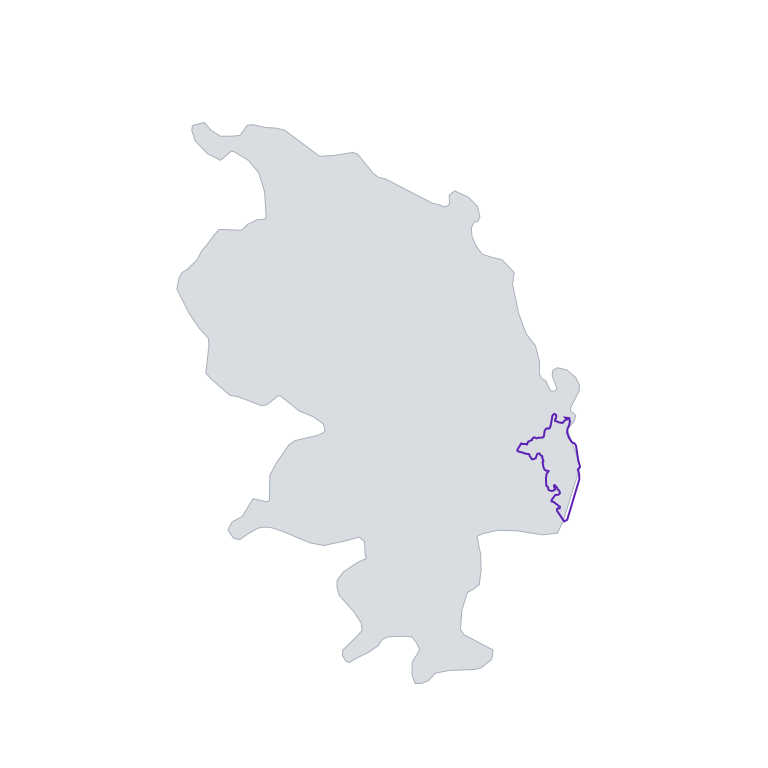 where Thurgau sits in Switzerland, rotated 75°
{"feature_id": "CHE-174", "entity_name": "Thurgau", "entity_type": "Canton", "adm_level": 1, "iso_a3": "CHE", "parent_name": "Switzerland", "parent_adm1": "", "projection": "orthographic", "projection_center": [9.06, 47.531], "detail": "fine", "context": "in_parent", "style": "outline", "palette": "violet", "viewbox_px": 768, "rotation_deg": 75, "n_neighbors": 0, "source": "natural_earth", "source_scale": "10m", "svg_char_len": 4577}
<svg xmlns="http://www.w3.org/2000/svg" viewBox="0 0 768 768"><g transform="rotate(75 384 384)"><path d="M559.5,244.2L563.5,246.8L572.9,255.2L570.8,269.8L560.3,293.3L554.7,312.4L554.1,326.9L555.2,333.7L557.2,333.6L567.5,334.6L572.7,334.5L589.2,338.4L602.5,344.0L605.1,350.0L606.9,357.4L622.8,367.4L641.0,373.7L647.1,371.5L669.2,347.5L677.9,351.3L683.3,363.8L683.2,370.4L677.5,395.7L676.6,409.3L682.1,418.1L682.8,425.1L681.4,431.5L672.4,432.2L660.2,428.9L649.8,418.2L642.1,419.6L635.5,422.5L632.2,432.8L629.3,445.2L630.3,452.0L635.2,457.2L639.1,468.4L642.0,482.8L644.1,489.5L641.9,492.5L635.5,494.5L630.2,492.6L620.7,475.4L616.3,468.9L609.0,467.8L596.1,472.1L576.4,482.0L568.3,482.0L561.5,480.1L555.1,471.9L549.6,456.0L547.8,446.1L544.1,446.4L531.4,443.6L525.5,447.5L525.5,463.8L524.4,484.0L518.0,497.1L500.3,519.7L493.8,529.6L491.2,536.7L490.6,542.8L493.3,553.5L497.0,563.7L493.9,569.4L484.5,572.5L477.8,566.3L475.3,555.3L460.9,540.2L467.5,527.7L466.4,524.6L442.7,518.0L432.5,508.4L418.2,491.7L415.6,484.5L416.4,461.3L415.6,455.6L413.8,452.9L406.8,453.0L397.1,461.0L388.1,472.9L369.7,486.3L367.8,489.2L373.8,502.5L373.4,507.7L358.3,528.6L355.3,535.5L336.2,548.5L327.5,553.3L301.3,543.1L294.1,541.8L282.2,548.1L265.5,553.9L238.5,559.5L228.8,554.7L224.2,550.3L222.1,543.9L215.6,532.4L208.2,525.5L203.1,518.1L196.3,509.9L192.0,503.1L198.6,482.0L194.5,474.3L192.5,463.6L193.9,456.4L191.6,454.5L167.7,449.6L147.7,450.3L133.2,456.9L121.2,468.3L119.7,470.8L120.3,473.0L125.7,484.0L115.5,495.1L100.1,503.5L89.3,504.0L84.7,502.1L84.9,489.8L94.0,485.6L102.3,477.9L105.3,466.7L106.6,458.9L98.6,448.9L99.8,443.1L105.5,432.2L108.8,422.4L113.3,414.1L130.3,400.7L147.4,387.3L150.4,372.5L152.2,354.4L154.7,350.2L177.3,340.1L183.0,335.9L186.0,329.9L204.0,310.1L221.9,290.4L225.5,283.8L228.5,279.9L228.6,276.6L226.5,274.0L218.3,272.1L215.8,265.7L225.0,254.5L236.3,247.8L247.1,248.0L251.4,251.3L251.0,255.1L255.6,259.2L263.8,260.8L273.9,259.6L284.1,255.5L290.5,245.5L294.3,237.9L310.2,229.4L320.9,234.0L350.8,235.7L372.6,233.6L386.3,227.8L403.2,228.0L414.5,231.4L416.5,230.9L419.7,230.2L422.8,227.0L433.5,224.9L434.9,222.2L434.5,219.5L432.6,218.1L419.5,219.4L414.5,217.3L413.2,212.4L417.5,204.0L427.2,197.2L435.4,195.5L441.3,197.4L455.6,210.3L459.0,210.7L461.0,208.4L464.0,207.1L469.0,209.6L474.6,217.6L475.5,218.8L507.6,216.0L514.8,216.0L536.7,229.9L559.5,244.2Z" fill="#d9dde1" stroke="#a8b0b8" stroke-width="1"/><path d="M471.7,215.9L471.8,216.0L475.6,218.8L478.8,219.7L483.9,219.2L488.6,217.7L490.7,215.4L493.2,214.5L507.7,216.1L514.9,216.1L516.7,218.9L521.6,218.8L526.6,220.0L562.6,242.2L563.3,245.6L552.9,249.1L551.7,249.6L551.1,249.7L550.6,249.6L549.3,249.0L549.2,248.7L549.1,248.4L549.6,246.6L548.3,245.8L541.7,250.8L540.8,252.6L539.9,252.3L538.8,251.4L535.8,247.6L535.5,246.7L536.0,245.6L536.0,244.9L536.0,244.1L534.8,242.2L532.9,242.3L532.3,242.5L531.7,242.7L531.0,243.4L530.6,243.5L529.6,243.6L528.8,243.7L528.0,244.0L527.5,244.4L527.1,244.9L526.8,245.1L526.5,245.1L526.3,245.0L526.0,245.1L525.8,245.3L525.8,245.8L526.3,246.1L527.7,246.3L528.5,246.2L529.2,245.9L529.8,245.9L530.2,246.0L530.9,248.9L530.4,250.4L530.1,251.0L529.6,251.8L528.9,252.3L528.0,252.6L526.9,252.3L526.1,252.4L524.9,253.0L524.4,253.5L522.1,253.1L517.0,252.0L512.7,250.0L510.8,247.6L509.6,249.8L509.0,250.5L508.0,251.1L505.8,251.5L504.2,251.5L502.5,251.0L502.0,251.0L500.9,251.2L500.5,251.1L500.2,250.8L499.9,250.3L499.6,249.9L499.1,249.9L496.9,250.2L496.1,250.2L495.1,249.8L494.6,249.9L493.5,251.1L492.9,251.3L492.2,251.5L491.4,251.8L491.0,252.6L491.1,253.6L491.4,254.2L495.0,256.8L495.0,257.5L495.2,259.5L495.2,260.2L494.9,260.6L494.5,260.9L493.5,261.0L492.8,261.2L492.2,261.5L491.6,261.9L491.1,262.0L490.6,262.0L490.1,261.8L489.5,262.0L489.0,262.7L487.6,266.0L486.3,267.5L484.5,270.8L483.4,272.3L482.1,272.3L476.9,266.8L477.9,265.4L478.1,264.8L478.4,263.9L478.6,262.6L479.4,261.7L479.4,261.4L478.3,260.8L477.0,259.5L476.4,255.6L475.1,254.7L474.8,254.2L474.5,253.1L474.6,252.4L474.7,252.1L474.9,251.8L475.5,251.4L475.7,251.1L476.0,250.6L476.0,250.2L475.9,249.7L475.8,249.4L475.9,248.9L476.7,244.8L476.7,244.3L476.4,243.6L475.5,242.9L471.6,241.3L470.3,240.5L469.5,239.6L469.0,237.9L469.6,236.6L469.9,236.2L469.2,235.2L468.4,234.4L460.1,230.3L458.6,229.8L457.4,228.3L457.0,227.6L456.9,227.2L457.2,226.8L458.0,226.1L458.9,225.8L459.9,225.9L461.7,226.9L462.4,227.7L463.0,228.1L463.6,228.2L464.0,228.2L464.8,226.7L466.0,225.5L467.0,223.5L467.5,222.7L467.7,221.7L467.5,220.9L466.1,219.2L465.6,216.6L463.4,217.6L465.0,213.8L466.2,214.4L467.7,213.8L471.7,215.9Z" fill="none" stroke="#5b21b6" stroke-width="2"/></g></svg>